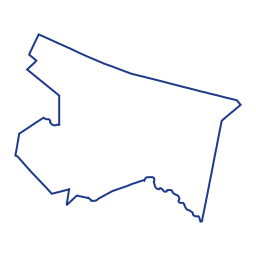 Juárez, Coahuila, Mexico
{"feature_id": "50627088B80737433558791", "entity_name": "Juárez", "entity_type": "district", "adm_level": 2, "iso_a3": "MEX", "parent_name": "Mexico", "parent_adm1": "Coahuila", "projection": "robinson", "projection_center": [-100.615, 27.664], "detail": "fine", "context": "isolated", "style": "outline", "palette": "blue", "viewbox_px": 256, "rotation_deg": 0, "n_neighbors": 0, "source": "geoboundaries", "source_scale": "gbopen_adm2", "svg_char_len": 3585}
<svg xmlns="http://www.w3.org/2000/svg" viewBox="0 0 256 256"><path d="M200.5,221.6L202.0,221.2L202.6,217.7L204.4,209.0L204.8,206.9L205.8,202.0L205.9,201.6L206.3,199.4L207.9,191.4L209.1,185.2L209.7,181.9L210.2,179.6L210.8,176.6L211.7,172.0L212.5,167.9L213.0,165.2L213.6,162.0L214.5,157.6L214.5,157.3L215.2,153.9L215.6,151.7L216.6,147.0L217.4,142.6L218.3,137.9L219.0,134.4L220.9,124.8L221.7,120.8L221.8,120.7L223.1,119.6L225.7,117.3L231.1,112.8L233.7,110.7L236.0,108.7L237.5,107.5L240.6,104.8L236.9,100.3L228.2,98.1L226.9,97.9L226.0,97.6L225.1,97.4L222.8,96.8L220.4,96.2L218.3,95.6L212.0,94.1L211.1,93.9L202.8,91.8L202.1,91.7L198.7,90.9L197.1,90.4L188.6,88.2L186.9,87.8L182.8,86.8L175.6,84.9L173.6,84.4L171.5,83.9L170.2,83.5L164.7,82.1L164.1,81.9L153.9,79.3L148.6,78.0L143.0,76.6L140.0,75.9L131.0,73.6L128.5,72.7L118.0,68.7L110.8,66.0L109.9,65.7L103.7,63.5L103.6,63.4L93.7,59.2L88.7,57.1L80.4,53.4L78.0,52.3L71.0,48.9L58.3,43.3L57.7,43.0L45.2,37.3L39.2,34.6L38.7,34.4L32.9,46.5L32.0,48.4L31.8,48.9L31.2,50.1L29.4,53.8L29.3,54.1L29.2,54.7L36.3,60.5L34.8,62.4L27.1,69.5L59.2,95.6L59.2,104.7L59.2,123.6L59.3,124.8L58.9,124.9L57.3,124.7L56.9,124.7L56.7,124.8L55.7,125.3L53.2,125.2L52.7,124.8L51.6,124.2L50.1,122.4L50.2,121.7L50.3,120.9L49.8,120.4L49.6,119.8L48.8,119.3L48.3,119.1L46.7,119.3L45.8,119.1L44.0,118.0L43.7,117.7L39.7,120.2L34.9,123.3L30.3,126.4L19.2,133.7L16.7,148.4L15.4,155.3L15.4,155.5L17.6,156.5L21.3,160.7L27.9,168.2L30.3,170.9L31.8,172.5L43.1,184.4L43.3,184.6L47.3,188.8L51.8,193.8L52.4,193.6L56.2,192.7L57.4,192.3L57.6,192.3L60.1,191.7L64.7,190.5L69.1,189.3L68.1,195.6L68.1,195.8L67.0,202.5L66.7,204.2L67.1,204.7L70.5,201.5L76.8,195.6L84.7,197.3L87.7,197.9L87.9,198.0L88.2,197.7L88.8,198.2L89.5,198.7L90.0,199.2L90.5,199.6L90.8,199.8L91.0,200.7L93.7,200.9L95.7,200.6L96.8,200.1L97.3,199.6L98.7,198.5L112.4,191.1L128.5,185.5L130.9,184.4L143.7,180.1L144.3,180.6L144.7,179.6L145.5,178.3L145.9,178.0L146.2,177.7L147.0,177.3L147.8,177.2L150.8,177.2L151.3,177.1L151.5,177.1L151.9,177.1L152.0,177.1L152.3,177.1L152.6,177.2L152.8,177.4L152.9,177.5L153.2,177.7L153.7,177.8L153.8,177.9L153.8,178.0L154.0,178.2L154.0,178.3L154.3,179.0L154.3,179.7L154.2,180.8L154.2,181.2L154.0,181.6L153.7,182.0L154.1,183.0L154.4,184.0L154.6,184.4L154.8,185.9L155.7,187.5L156.4,188.2L157.4,188.9L158.5,189.2L159.0,189.2L159.4,188.9L159.5,188.6L159.7,188.4L160.0,188.3L160.2,188.2L160.4,188.1L160.6,188.1L161.1,188.6L162.1,189.1L162.6,189.6L163.0,190.1L163.2,190.4L163.4,190.8L163.8,191.1L164.1,191.4L164.4,191.6L165.1,191.7L165.8,191.7L166.6,191.4L166.9,191.0L167.0,190.8L167.0,190.3L167.2,190.1L167.6,190.1L168.6,190.1L169.3,190.0L170.6,190.1L171.0,190.1L171.4,190.2L172.0,190.8L172.2,191.2L172.4,191.6L172.7,192.4L172.8,192.7L173.1,192.9L173.6,193.3L173.9,193.7L174.5,194.0L175.0,194.2L175.5,194.6L176.5,195.0L177.3,195.2L178.2,196.0L178.6,196.4L178.6,196.8L178.9,197.4L179.3,198.0L179.4,198.6L179.4,198.9L179.2,199.3L178.9,200.0L178.7,200.3L178.5,200.6L178.7,201.5L178.8,201.9L179.0,202.2L179.3,202.4L179.6,202.6L180.5,202.9L181.0,202.9L181.7,202.9L182.0,202.9L182.4,202.9L182.8,202.9L183.1,203.0L183.7,203.6L184.0,204.0L184.2,204.4L184.4,204.6L184.5,205.0L184.5,205.6L184.8,206.2L185.2,206.7L185.6,207.8L186.2,208.7L186.7,209.2L187.1,209.7L187.6,209.9L188.0,209.9L188.3,209.9L188.8,210.1L189.3,210.4L190.1,211.0L190.8,211.3L191.7,211.9L192.5,212.5L192.8,213.1L192.9,213.9L192.9,214.3L193.0,214.4L193.3,214.9L193.4,215.3L193.7,215.6L194.2,215.7L194.6,215.8L195.8,216.4L196.7,216.3L197.7,216.3L198.5,216.3L198.8,216.5L199.1,217.0L200.5,221.6Z" fill="none" stroke="#1e3a8a" stroke-width="2"/></svg>